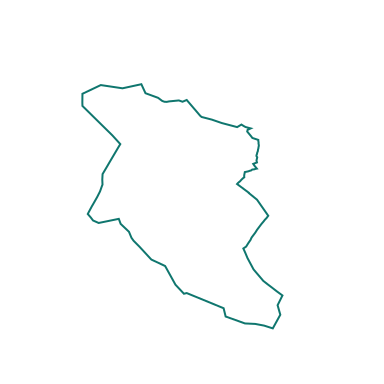 outline of Atakunmosa East, Osun, Nigeria, rotated 127°
{"feature_id": "59680162B38390932765307", "entity_name": "Atakunmosa East", "entity_type": "district", "adm_level": 2, "iso_a3": "NGA", "parent_name": "Nigeria", "parent_adm1": "Osun", "projection": "equal_earth", "projection_center": [4.735, 7.438], "detail": "fine", "context": "isolated", "style": "outline", "palette": "teal", "viewbox_px": 384, "rotation_deg": 127, "n_neighbors": 0, "source": "geoboundaries", "source_scale": "gbopen_adm2", "svg_char_len": 1855}
<svg xmlns="http://www.w3.org/2000/svg" viewBox="0 0 384 384"><g transform="rotate(127 192 192)"><path d="M272.3,262.0L273.3,257.4L274.3,253.9L272.9,247.9L257.5,234.3L260.4,229.8L261.7,218.4L265.0,212.8L266.1,209.3L266.7,205.2L267.3,201.0L270.3,184.6L270.4,183.7L270.0,181.8L267.3,168.9L276.0,149.4L278.1,137.2L275.9,135.4L265.8,96.8L271.2,90.2L265.1,70.6L259.3,62.1L255.3,54.0L252.3,45.4L236.9,47.6L230.9,55.5L220.2,57.5L220.3,64.6L220.2,71.9L220.2,75.9L220.1,81.5L216.8,96.2L215.5,99.0L211.7,107.2L211.5,107.7L208.7,112.5L206.2,117.0L203.0,115.9L200.9,116.1L198.4,116.3L195.2,116.4L192.5,117.0L189.9,117.0L188.3,117.0L186.4,117.0L183.0,117.3L179.5,117.3L175.7,117.3L172.4,117.1L170.4,117.1L168.0,116.8L165.1,116.8L159.0,135.5L158.6,146.7L158.4,145.4L158.5,160.8L157.2,160.7L155.7,160.4L154.7,160.1L153.5,160.0L152.3,159.9L151.2,159.7L150.0,159.5L148.8,159.1L147.9,159.9L147.0,160.5L144.3,161.8L141.4,159.3L140.5,158.8L139.3,157.8L137.8,157.4L136.4,155.9L135.3,155.2L134.3,154.3L133.4,158.0L132.7,160.0L131.2,159.1L130.1,158.4L129.3,157.9L128.1,159.4L126.8,160.0L125.0,160.8L124.6,162.0L123.9,162.6L122.5,163.0L121.3,163.6L119.8,164.0L118.4,164.8L117.3,165.2L116.1,165.9L114.9,166.4L114.0,167.2L113.3,168.0L112.2,168.8L111.4,169.7L110.5,170.4L112.5,176.3L111.9,178.4L110.5,184.3L108.9,185.0L105.9,183.4L107.9,188.4L108.2,190.5L108.4,193.1L113.0,195.0L119.0,209.7L121.4,217.1L121.9,218.6L122.2,219.6L126.3,229.5L126.2,231.3L121.7,251.6L125.6,253.9L126.8,257.6L133.4,264.8L135.2,266.4L136.5,268.3L137.2,270.6L137.2,275.7L141.1,288.6L136.4,297.3L151.0,309.9L161.5,329.2L179.5,338.6L186.3,333.6L189.2,331.3L194.7,289.7L196.9,278.1L198.7,277.9L199.0,277.9L218.4,275.7L222.5,275.2L231.5,274.2L236.1,271.1L240.0,267.9L241.2,267.6L246.9,265.8L253.1,264.7L261.6,263.6L263.5,263.4L269.4,262.5L272.3,262.0Z" fill="none" stroke="#0f766e" stroke-width="2"/></g></svg>